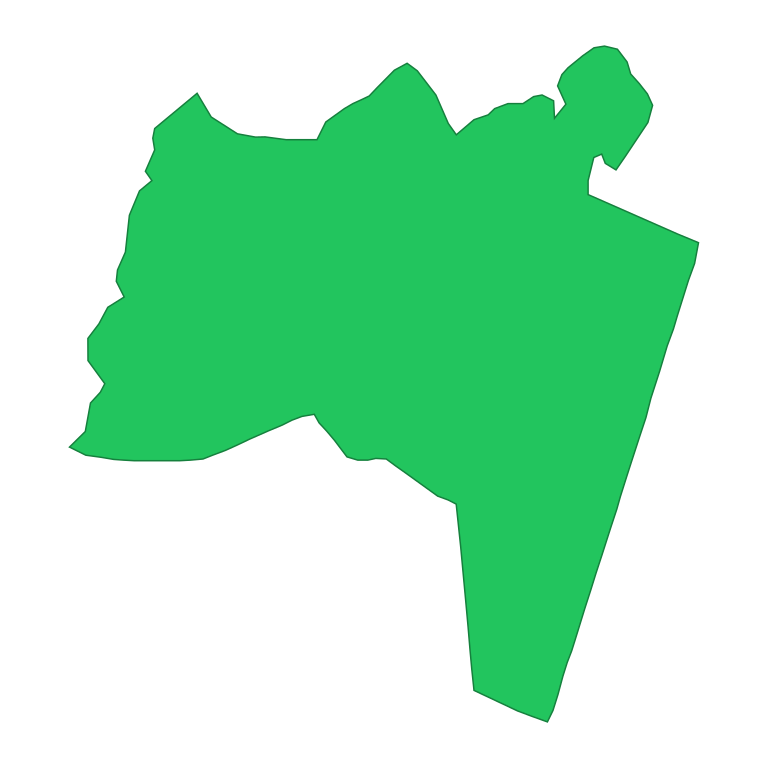 Cidreira, Rio Grande do Sul, Brazil
{"feature_id": "56859067B17697347991096", "entity_name": "Cidreira", "entity_type": "district", "adm_level": 2, "iso_a3": "BRA", "parent_name": "Brazil", "parent_adm1": "Rio Grande do Sul", "projection": "natural_earth1", "projection_center": [-50.272, -30.138], "detail": "fine", "context": "isolated", "style": "filled", "palette": "green", "viewbox_px": 768, "rotation_deg": 0, "n_neighbors": 0, "source": "geoboundaries", "source_scale": "gbopen_adm2", "svg_char_len": 1797}
<svg xmlns="http://www.w3.org/2000/svg" viewBox="0 0 768 768"><path d="M547.4,721.9L553.0,710.4L558.0,694.4L562.9,676.2L567.2,662.5L571.7,650.8L574.8,640.9L577.9,630.9L584.9,608.2L590.8,589.9L596.0,573.2L601.8,555.5L607.5,537.7L611.0,526.8L616.8,509.2L620.3,496.8L627.0,475.6L631.8,460.7L639.7,436.4L645.9,417.7L650.9,398.2L659.6,371.3L667.2,345.9L673.4,329.1L677.3,315.9L680.6,305.4L688.5,280.2L694.6,263.5L698.5,242.7L677.3,233.9L588.1,194.6L588.1,180.6L593.8,157.5L601.7,154.1L605.3,163.4L616.0,169.9L625.3,156.4L647.9,122.5L652.6,105.3L647.4,93.9L639.3,83.6L630.7,74.0L627.1,62.0L617.4,49.2L604.5,46.1L594.0,47.8L582.8,55.7L568.1,67.7L561.9,74.6L557.6,85.9L565.9,104.2L554.5,118.3L553.6,100.8L542.1,95.0L533.6,96.6L523.0,103.6L508.0,103.6L494.7,108.6L488.1,114.9L474.0,119.7L456.3,134.8L448.3,123.5L435.9,95.0L417.3,70.8L407.1,63.3L394.4,70.2L377.2,87.6L369.2,96.0L360.8,100.0L352.9,103.6L344.4,108.6L325.8,122.0L317.0,139.7L286.3,139.7L265.1,136.9L255.5,137.1L237.4,133.8L211.2,117.0L197.1,93.3L154.7,128.5L152.8,138.2L154.7,149.9L145.4,171.3L151.9,180.6L139.5,190.9L129.4,215.2L125.4,252.1L117.5,270.0L116.3,281.3L124.2,297.0L107.8,307.3L98.9,323.9L87.9,338.4L88.0,360.6L104.8,383.7L100.3,392.3L90.5,403.0L85.3,431.5L69.5,447.1L85.8,455.2L101.2,457.3L113.6,459.4L123.4,460.1L133.9,460.7L147.7,460.7L169.4,460.7L179.9,460.7L190.6,460.1L203.0,459.0L212.6,455.2L225.4,450.4L236.9,445.2L249.7,439.1L268.3,430.9L282.4,425.0L291.9,420.2L302.0,416.4L314.3,414.3L319.1,422.9L326.7,431.1L334.3,440.1L347.0,456.9L357.7,460.1L367.9,460.1L375.8,458.4L386.3,459.0L395.6,465.9L406.6,473.7L437.8,496.2L448.0,499.9L456.2,504.1L460.7,546.9L463.8,580.3L465.5,598.5L468.1,627.1L470.0,649.7L471.7,668.4L474.0,690.4L517.7,711.0L532.4,716.5L547.4,721.9Z" fill="#22c55e" stroke="#15803d" stroke-width="1.5"/></svg>